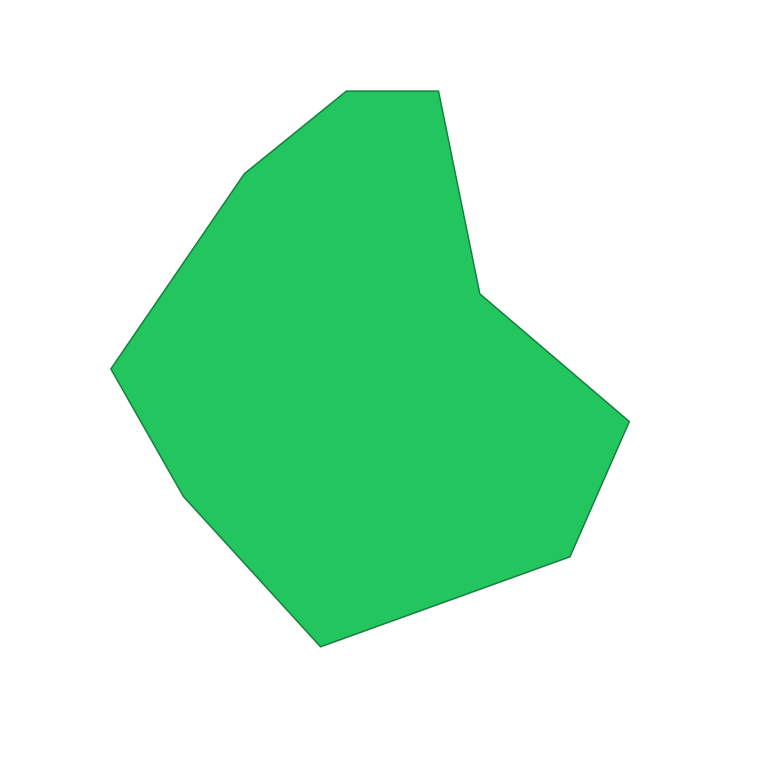 the border of Lija, rotated 51°
{"feature_id": "MLT-5929", "entity_name": "Lija", "entity_type": "state/province", "adm_level": 1, "iso_a3": "MLT", "parent_name": "Malta", "parent_adm1": "", "projection": "mercator", "projection_center": [14.439, 35.9], "detail": "fine", "context": "isolated", "style": "filled", "palette": "green", "viewbox_px": 768, "rotation_deg": 51, "n_neighbors": 0, "source": "natural_earth", "source_scale": "10m", "svg_char_len": 290}
<svg xmlns="http://www.w3.org/2000/svg" viewBox="0 0 768 768"><g transform="rotate(51 384 384)"><path d="M200.4,586.8L132.7,360.2L132.7,228.9L190.7,157.3L374.3,252.8L567.6,217.0L635.3,348.2L548.3,598.7L345.3,610.7L200.4,586.8Z" fill="#22c55e" stroke="#15803d" stroke-width="1.5"/></g></svg>